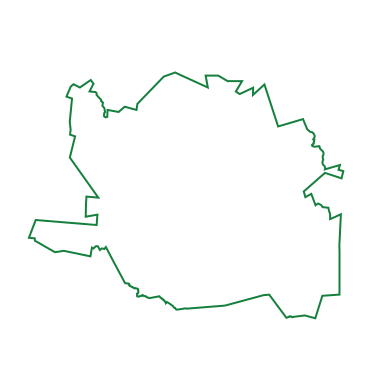 outline of Cucurpe, Sonora, Mexico, rotated 276°
{"feature_id": "50627088B85170396923038", "entity_name": "Cucurpe", "entity_type": "district", "adm_level": 2, "iso_a3": "MEX", "parent_name": "Mexico", "parent_adm1": "Sonora", "projection": "mercator", "projection_center": [-110.671, 30.429], "detail": "fine", "context": "isolated", "style": "outline", "palette": "green", "viewbox_px": 384, "rotation_deg": 276, "n_neighbors": 0, "source": "geoboundaries", "source_scale": "gbopen_adm2", "svg_char_len": 4667}
<svg xmlns="http://www.w3.org/2000/svg" viewBox="0 0 384 384"><g transform="rotate(276 192 192)"><path d="M263.8,305.7L264.0,305.3L264.1,303.4L266.6,299.9L276.1,294.8L266.2,270.8L306.5,252.8L294.9,242.5L302.1,241.9L294.4,229.2L296.5,225.1L307.5,230.2L306.0,215.8L310.5,205.9L309.2,193.4L297.6,196.8L306.8,169.3L309.1,162.8L303.8,151.8L298.4,147.6L281.9,134.7L278.3,131.9L275.7,129.9L274.0,128.5L267.8,128.2L269.8,116.2L263.9,110.6L264.8,99.4L257.9,99.9L257.2,98.2L258.2,96.6L261.2,96.4L262.2,97.2L266.4,96.0L268.3,93.9L271.6,94.1L272.7,92.2L273.8,92.3L278.5,87.0L280.3,86.8L281.3,85.6L281.3,79.6L289.4,82.7L292.8,79.6L284.2,69.6L286.8,62.9L284.2,60.4L273.7,57.2L272.4,62.9L249.0,63.1L241.3,64.8L236.3,64.7L235.1,69.9L213.5,66.9L176.6,99.4L176.4,87.5L167.7,87.9L156.3,88.9L159.6,100.3L149.2,100.6L147.8,39.5L129.4,34.6L129.5,40.4L127.1,40.9L117.8,62.0L120.1,70.7L117.4,97.7L126.2,98.3L125.5,99.8L128.2,102.3L128.1,104.1L124.7,106.5L126.5,108.3L126.1,110.8L128.3,112.1L114.9,121.0L94.3,135.0L94.3,138.7L94.2,139.0L93.4,139.3L93.1,139.2L92.9,139.1L92.8,139.3L92.9,139.5L92.7,139.8L92.3,139.8L92.2,139.8L92.0,140.0L92.0,140.4L92.0,140.6L91.9,140.8L91.9,141.0L91.7,141.2L91.6,141.5L91.4,141.8L91.3,142.1L91.2,142.2L91.3,142.4L91.2,142.5L91.2,142.8L90.9,143.3L90.6,143.8L90.5,144.0L90.3,144.4L90.2,144.6L90.1,144.8L90.1,145.0L90.3,145.1L90.5,145.3L90.4,145.4L90.4,145.6L90.4,146.0L90.4,146.3L90.2,146.8L90.2,147.1L90.2,147.3L90.2,147.5L90.2,147.8L90.1,148.1L89.9,148.3L89.6,148.5L89.4,148.6L89.2,148.6L88.7,148.6L88.4,148.6L88.1,148.8L87.9,149.0L87.7,149.1L87.3,149.1L87.0,149.0L86.8,149.1L86.5,149.0L86.0,148.9L85.7,148.8L85.4,148.7L85.2,148.5L85.0,148.3L85.0,148.0L84.6,148.1L84.3,148.2L83.5,148.2L82.8,148.2L82.6,148.3L82.4,148.6L82.4,148.9L82.5,149.2L82.5,149.6L82.4,149.9L82.4,150.2L82.8,150.9L83.2,151.6L83.3,151.9L83.4,152.3L83.5,152.5L83.4,152.7L83.4,152.9L83.5,153.1L83.8,153.3L84.1,153.4L84.3,153.4L84.4,153.5L84.2,153.9L84.1,154.1L84.0,154.3L83.9,154.6L83.5,155.0L83.6,156.8L83.1,157.2L82.6,157.7L82.6,159.0L82.4,159.4L82.2,159.8L82.0,160.3L82.0,160.8L84.9,170.5L84.7,170.7L84.4,170.7L84.3,170.9L84.2,171.0L84.0,171.3L83.9,171.4L83.7,171.5L83.6,171.8L83.6,172.0L83.3,172.3L83.2,172.6L83.1,173.0L82.9,173.1L82.7,173.4L82.3,173.5L82.2,173.7L82.2,173.9L82.2,174.1L82.2,174.4L82.1,174.7L81.8,174.8L81.6,174.9L81.5,175.0L81.4,175.3L81.3,175.6L81.0,175.8L80.6,176.0L80.4,176.3L80.3,176.7L78.6,177.6L80.0,178.6L78.5,181.6L76.8,184.6L76.6,184.9L76.3,185.3L75.5,185.8L75.3,186.1L75.1,186.3L75.0,186.7L75.0,187.3L74.2,187.9L73.9,188.1L73.7,188.4L73.5,188.6L73.5,188.8L73.5,189.7L75.7,198.1L75.4,198.8L82.4,236.3L83.1,238.3L96.9,274.0L97.3,276.2L98.0,279.5L76.9,298.9L77.0,299.0L76.9,299.3L77.1,299.9L77.5,300.3L77.5,300.6L77.9,301.1L77.9,301.3L78.0,301.5L78.3,301.8L78.5,301.9L78.4,302.1L78.4,302.3L78.5,302.5L78.4,302.6L78.5,302.7L78.5,302.8L78.4,303.2L78.4,303.3L78.4,303.5L78.5,303.8L78.4,304.0L78.2,304.3L78.0,304.5L78.1,305.1L78.1,305.3L78.1,305.5L78.3,305.7L78.4,305.8L78.5,306.3L78.5,306.5L78.7,307.0L80.5,314.8L81.0,317.3L79.3,327.8L102.4,332.5L105.4,349.4L147.6,345.0L154.7,344.1L185.4,342.4L179.7,332.6L179.5,332.2L184.4,331.7L187.8,330.1L190.6,329.3L190.6,323.5L191.5,322.8L192.6,321.6L193.1,320.5L193.5,319.2L193.6,318.3L191.7,316.3L202.6,310.8L198.7,305.3L204.3,303.1L206.6,305.3L224.9,322.2L221.2,339.3L228.6,340.3L229.4,335.4L234.3,336.3L228.4,321.8L229.2,321.9L229.9,321.8L230.5,321.6L231.0,321.5L231.4,321.3L231.8,320.9L232.3,320.1L232.9,319.5L233.7,319.1L234.1,318.8L234.7,318.7L235.2,318.7L235.9,318.7L236.8,318.8L237.9,319.1L238.1,319.1L238.4,319.0L238.9,318.7L239.3,318.6L239.8,318.4L240.2,318.4L240.9,318.3L241.6,318.3L242.8,318.8L243.1,318.8L243.8,318.8L244.8,318.6L245.2,318.5L246.0,317.9L246.6,317.3L246.9,316.8L247.5,316.1L248.0,315.5L248.4,315.0L249.0,314.6L249.8,314.3L250.6,314.1L250.9,313.8L250.9,313.5L250.7,313.2L250.5,312.6L250.5,312.2L250.4,311.5L250.2,310.7L250.0,310.0L249.9,309.7L249.9,308.8L249.9,308.4L250.0,307.8L250.2,307.3L250.6,307.0L250.7,306.6L251.1,306.7L251.2,306.8L251.3,306.8L251.4,306.7L251.5,306.6L251.8,306.9L251.9,307.2L252.1,307.3L252.3,307.4L252.5,307.4L252.6,307.5L252.7,307.8L253.2,307.8L253.4,307.8L253.5,308.0L253.7,307.9L253.9,307.8L254.0,307.8L254.3,307.9L254.5,307.9L254.9,308.0L255.0,308.1L255.3,307.9L255.5,307.9L255.8,307.9L256.0,308.0L256.3,308.1L256.5,307.9L256.6,307.7L256.8,307.4L257.0,307.5L257.1,307.8L257.2,308.0L257.3,308.1L257.5,308.0L257.6,307.9L257.8,307.8L257.8,307.7L257.9,307.8L258.0,307.8L258.4,307.9L258.8,307.9L259.1,307.9L259.8,308.2L260.4,308.2L260.9,308.0L261.4,307.8L262.3,307.2L262.9,306.6L263.3,306.3L263.5,305.9L263.8,305.7Z" fill="none" stroke="#15803d" stroke-width="2"/></g></svg>